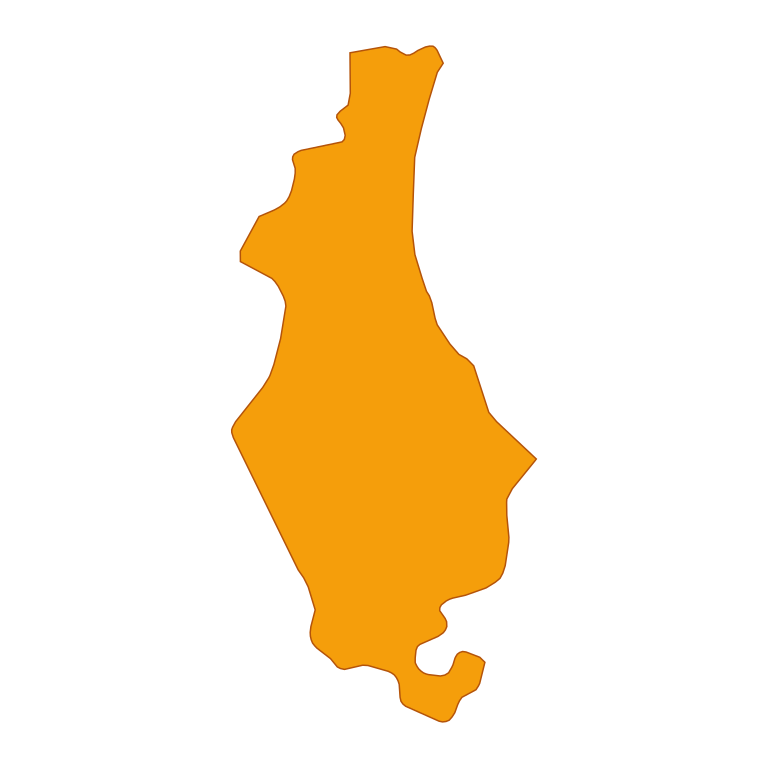 Sousse, Albers equal-area conic projection
{"feature_id": "TUN-119", "entity_name": "Sousse", "entity_type": "Governorate", "adm_level": 1, "iso_a3": "TUN", "parent_name": "Tunisia", "parent_adm1": "", "projection": "albers", "projection_center": [10.439, 35.896], "detail": "fine", "context": "isolated", "style": "filled", "palette": "amber", "viewbox_px": 768, "rotation_deg": 0, "n_neighbors": 0, "source": "natural_earth", "source_scale": "10m", "svg_char_len": 2163}
<svg xmlns="http://www.w3.org/2000/svg" viewBox="0 0 768 768"><path d="M443.2,63.2L437.3,72.3L429.2,99.2L421.4,128.4L414.7,157.4L413.3,193.7L412.1,231.2L414.9,254.6L422.2,278.6L426.5,291.4L429.3,295.8L431.8,302.7L435.1,318.3L437.2,324.8L449.8,343.9L458.9,354.4L466.9,358.9L473.7,365.8L488.8,412.4L496.6,421.7L536.3,459.0L534.9,460.9L512.3,488.7L506.8,499.1L506.6,502.3L506.8,515.4L508.9,537.4L508.7,542.5L505.2,565.7L502.8,573.1L500.0,578.3L495.3,582.2L486.1,587.9L465.6,595.2L452.8,598.1L449.6,599.2L446.3,600.9L441.4,604.8L439.8,607.7L439.7,610.7L445.1,618.4L446.6,621.7L446.8,626.6L445.4,629.9L443.3,632.7L438.2,636.3L419.9,644.4L417.4,646.6L416.0,650.2L415.2,657.9L415.2,662.4L415.5,663.4L417.0,666.4L418.7,668.9L421.0,671.1L423.5,672.9L426.2,674.0L428.5,674.6L440.4,676.0L444.8,675.1L448.6,672.8L451.7,667.5L453.0,664.8L455.0,658.2L455.8,656.6L457.3,654.2L459.6,652.5L462.6,651.5L466.1,652.0L479.8,657.3L484.9,662.3L479.7,683.3L478.5,685.8L476.0,689.7L461.9,697.3L459.5,700.8L457.7,704.6L454.8,712.7L452.1,716.9L449.2,720.2L446.0,721.5L442.5,721.9L439.1,721.2L405.7,706.3L403.0,704.1L401.0,701.3L400.1,697.4L399.2,684.3L398.0,680.7L396.4,677.6L394.3,674.9L391.5,672.9L388.2,671.3L368.0,665.5L362.7,665.2L344.5,669.4L340.4,668.5L337.3,666.9L330.5,658.6L317.0,648.2L314.7,645.8L312.6,643.1L311.2,639.7L310.4,636.2L310.2,632.4L310.9,626.6L315.2,609.9L308.2,586.8L303.7,577.8L298.2,569.9L233.4,437.7L231.8,432.7L231.7,429.8L232.6,427.2L235.6,421.7L262.7,387.5L268.8,377.8L270.0,375.4L273.9,364.5L280.6,338.6L285.9,306.1L285.2,301.3L283.3,296.1L278.3,286.3L274.9,281.5L271.9,278.4L240.4,261.6L240.3,251.1L259.1,216.5L274.3,210.0L279.7,207.0L284.6,203.2L286.7,200.9L289.2,196.6L291.5,190.7L294.4,179.0L295.2,173.1L295.2,168.4L292.5,159.7L292.7,156.9L294.1,154.2L298.0,151.7L301.1,150.4L342.0,141.9L344.3,139.5L345.2,135.4L343.5,127.9L340.8,123.5L338.1,120.1L336.7,117.5L337.0,114.8L340.3,111.1L348.1,105.1L350.3,93.3L350.0,52.8L368.6,49.5L385.1,46.6L396.6,49.1L400.2,52.0L406.1,55.1L409.8,55.0L413.7,53.2L417.8,50.5L425.4,47.0L429.6,46.1L433.0,46.2L434.9,47.5L436.0,48.8L437.1,50.3L440.2,56.9L443.2,63.2Z" fill="#f59e0b" stroke="#b45309" stroke-width="1.5"/></svg>